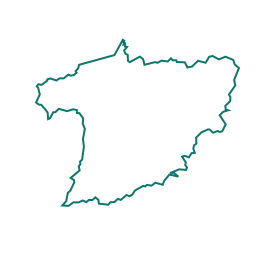 outline of Pong Nam Ron, Chanthaburi, Thailand, rotated 281°
{"feature_id": "78962969B84278316034538", "entity_name": "Pong Nam Ron", "entity_type": "district", "adm_level": 2, "iso_a3": "THA", "parent_name": "Thailand", "parent_adm1": "Chanthaburi", "projection": "orthographic", "projection_center": [102.37, 12.957], "detail": "medium", "context": "isolated", "style": "outline", "palette": "teal", "viewbox_px": 256, "rotation_deg": 281, "n_neighbors": 0, "source": "geoboundaries", "source_scale": "gbopen_adm2", "svg_char_len": 1868}
<svg xmlns="http://www.w3.org/2000/svg" viewBox="0 0 256 256"><g transform="rotate(281 128 128)"><path d="M195.6,223.0L208.0,225.5L210.8,220.6L214.9,218.3L216.6,210.0L212.7,204.2L214.8,197.3L213.4,194.1L206.9,191.8L207.3,183.9L200.5,179.1L198.7,174.8L203.3,171.3L202.1,163.4L203.7,162.4L203.0,158.9L204.6,156.9L200.9,154.3L200.5,148.0L197.6,144.5L197.9,142.2L193.2,132.1L198.5,129.7L200.3,126.0L193.0,117.2L193.9,115.2L199.8,113.7L200.5,111.2L203.5,109.4L207.3,111.6L207.4,109.5L210.2,108.9L209.2,107.7L211.9,107.6L211.7,106.4L213.1,107.3L213.6,106.1L197.0,100.8L180.7,67.9L177.0,67.7L173.9,65.7L172.5,67.0L169.6,64.6L168.5,61.8L169.0,59.2L164.4,55.4L163.8,51.5L161.0,48.7L161.8,42.2L160.3,39.5L159.1,39.7L153.9,35.0L153.8,31.7L151.5,30.5L150.4,32.1L144.1,35.0L135.6,32.9L134.0,35.8L134.2,38.5L129.6,44.3L127.7,46.2L121.5,47.9L122.7,49.6L129.2,51.6L129.7,53.7L133.6,56.4L132.9,65.0L135.9,70.6L135.8,74.4L132.9,75.1L133.3,77.5L128.8,82.2L123.5,82.8L119.0,85.8L108.6,85.9L101.2,88.3L88.2,89.0L85.9,87.3L83.4,88.2L81.1,87.0L77.1,88.6L68.0,81.2L66.6,84.9L64.4,85.6L55.5,83.4L52.9,81.3L44.4,81.3L39.4,78.3L40.2,84.4L44.6,88.6L45.5,93.6L48.3,97.5L47.2,101.2L49.9,103.3L50.5,106.9L53.7,109.1L51.8,112.7L48.2,113.8L48.9,123.2L51.7,124.8L52.8,128.9L56.5,131.5L56.0,134.6L61.9,139.3L61.3,142.6L63.2,144.8L68.0,146.8L74.1,154.0L73.8,155.9L75.7,157.3L75.9,162.1L79.5,165.3L78.9,172.9L83.1,173.6L90.2,177.5L89.9,186.7L92.8,181.5L91.8,177.9L97.2,186.2L97.9,192.9L100.4,193.5L102.5,191.3L105.2,191.3L110.2,186.6L111.5,188.9L110.8,193.3L115.4,195.2L116.3,198.2L120.1,196.1L123.6,196.1L125.7,198.1L131.5,196.7L137.5,200.7L141.8,206.6L142.1,208.5L139.6,212.3L142.2,216.8L141.5,218.9L142.9,221.2L150.3,223.2L158.0,215.6L162.0,218.3L164.5,222.9L164.7,220.4L168.3,219.3L173.8,223.2L177.9,222.6L180.1,220.7L190.3,225.2L195.6,223.0Z" fill="none" stroke="#0f766e" stroke-width="2"/></g></svg>